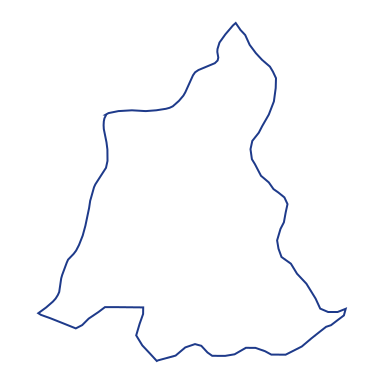 Hochon, Hamgyŏng-namdo, North Korea (Robinson projection)
{"feature_id": "82179303B14875494019042", "entity_name": "Hochon", "entity_type": "district", "adm_level": 2, "iso_a3": "PRK", "parent_name": "North Korea", "parent_adm1": "Hamgyŏng-namdo", "projection": "robinson", "projection_center": [128.612, 40.869], "detail": "fine", "context": "isolated", "style": "outline", "palette": "blue", "viewbox_px": 384, "rotation_deg": 0, "n_neighbors": 0, "source": "geoboundaries", "source_scale": "gbopen_adm2", "svg_char_len": 1661}
<svg xmlns="http://www.w3.org/2000/svg" viewBox="0 0 384 384"><path d="M103.7,127.0L103.8,129.0L106.5,142.4L107.4,149.5L107.5,160.9L106.0,167.8L95.3,184.4L94.0,187.3L90.8,198.7L90.2,200.7L89.1,208.0L85.4,225.7L82.7,235.6L79.0,245.0L76.1,250.6L73.7,253.8L68.1,259.6L66.8,262.5L62.2,274.9L61.2,278.4L59.2,292.0L57.8,295.1L55.6,298.6L52.9,301.6L46.1,307.5L38.3,313.2L41.0,314.9L50.5,318.3L63.1,323.3L75.8,328.4L82.2,325.1L88.7,318.6L98.5,312.0L105.0,307.1L112.9,307.1L122.5,307.2L143.2,307.4L143.1,314.0L139.6,323.9L136.2,335.4L142.3,345.4L150.1,353.7L156.8,361.0L157.9,360.4L175.6,355.6L185.3,347.4L195.0,344.1L201.3,345.8L207.5,352.5L212.2,355.8L225.0,355.9L234.6,354.3L245.9,347.8L255.5,347.9L265.0,351.2L271.3,354.6L276.1,354.6L285.6,354.7L301.8,346.5L311.5,338.3L319.7,331.8L326.1,326.8L331.0,325.2L337.4,320.3L343.9,315.4L345.7,308.8L337.6,312.0L332.8,312.0L328.1,312.0L320.2,308.6L315.6,298.6L306.4,283.7L297.0,273.7L290.9,263.7L281.5,257.0L278.5,248.7L277.1,240.4L280.5,228.9L283.9,222.3L285.7,212.4L287.5,204.1L284.4,197.4L278.2,192.4L273.5,189.1L268.8,182.4L261.0,175.8L254.9,164.1L251.9,159.2L250.5,149.2L252.3,140.9L258.8,132.7L262.2,126.1L268.8,114.6L273.9,101.4L275.7,88.1L276.0,78.2L272.9,71.6L269.9,66.6L262.1,59.9L255.9,53.2L249.7,44.9L245.2,35.0L240.5,30.0L235.7,23.0L232.9,25.5L225.4,34.3L219.5,42.5L217.5,49.0L217.3,51.9L218.3,57.6L217.6,60.5L214.8,63.2L198.5,70.0L195.1,72.3L193.0,75.3L185.3,92.3L183.4,95.6L178.9,100.9L172.8,106.3L169.6,107.8L165.9,108.8L156.2,110.3L145.7,111.1L131.9,110.3L118.4,111.1L108.5,113.1L105.5,114.8L106.1,114.9L104.4,118.4L103.8,121.5L103.6,125.3L103.7,127.0Z" fill="none" stroke="#1e3a8a" stroke-width="2"/></svg>